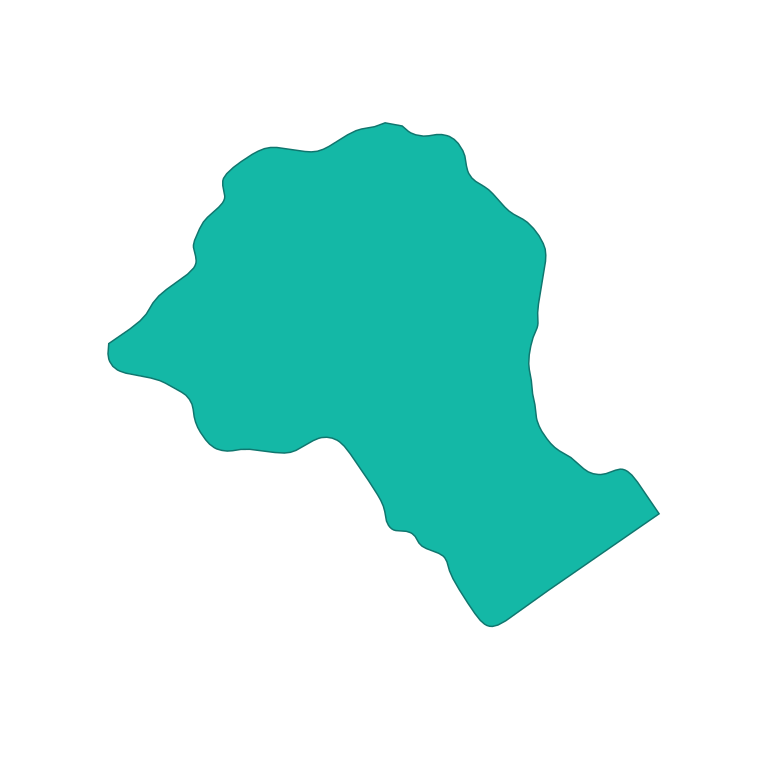 Villa Tapia, Hermanas, Dominican Republic (Albers equal-area conic projection), rotated 325°
{"feature_id": "3306468B10183104109049", "entity_name": "Villa Tapia", "entity_type": "district", "adm_level": 2, "iso_a3": "DOM", "parent_name": "Dominican Republic", "parent_adm1": "Hermanas", "projection": "albers", "projection_center": [-70.39, 19.285], "detail": "fine", "context": "isolated", "style": "filled", "palette": "teal", "viewbox_px": 768, "rotation_deg": 325, "n_neighbors": 0, "source": "geoboundaries", "source_scale": "gbopen_adm2", "svg_char_len": 2463}
<svg xmlns="http://www.w3.org/2000/svg" viewBox="0 0 768 768"><g transform="rotate(325 384 384)"><path d="M546.9,183.1L534.7,170.7L523.8,167.8L511.8,162.2L506.3,160.4L497.1,159.0L475.1,157.8L468.9,156.9L462.9,155.1L457.5,152.1L452.6,148.2L431.9,128.8L426.8,125.2L421.0,122.6L414.5,121.1L407.9,120.3L394.6,119.9L384.8,120.2L375.8,121.5L370.5,123.5L368.4,125.2L365.8,128.9L361.3,138.8L359.9,140.5L357.8,142.0L355.4,143.1L350.0,144.4L335.0,146.2L329.0,147.7L321.9,151.1L311.2,157.7L307.6,160.9L306.3,162.8L303.0,171.2L300.9,175.2L299.4,177.0L297.2,178.6L294.7,179.8L286.0,181.4L259.9,181.8L250.1,182.7L241.4,185.0L229.3,190.4L220.3,192.4L207.7,193.2L181.7,193.0L175.2,201.0L172.9,205.6L172.2,208.3L172.0,214.0L173.7,219.6L175.2,222.2L178.8,227.1L196.4,245.3L202.3,252.6L205.3,257.7L213.5,274.6L215.3,279.5L215.8,285.0L215.1,290.5L213.2,295.2L209.7,302.0L207.8,307.1L206.5,312.7L205.9,318.6L205.9,327.4L206.6,333.2L208.4,338.7L209.7,341.2L213.1,345.4L217.1,349.0L221.7,351.8L229.1,355.4L236.6,360.5L255.4,377.6L262.8,383.4L268.2,386.3L273.8,387.9L293.7,389.8L299.3,391.0L302.0,392.0L306.6,394.8L310.5,398.6L313.4,403.2L314.5,406.1L315.8,412.2L316.3,421.7L315.9,454.7L315.2,471.2L314.6,477.5L313.4,483.6L311.5,488.9L307.4,497.7L306.6,502.3L306.7,504.7L307.2,507.0L308.2,509.1L309.6,510.8L317.8,517.5L320.4,520.9L321.3,522.8L322.1,526.7L321.4,534.4L322.1,538.6L324.3,543.1L331.6,553.9L333.7,558.6L334.1,561.1L333.6,565.7L330.5,574.6L328.8,583.2L327.7,595.7L327.0,611.7L326.8,624.2L327.3,632.9L328.6,638.3L329.8,640.8L331.5,643.0L333.8,644.8L339.1,646.8L347.9,647.8L400.3,647.3L534.9,648.1L535.4,609.8L534.8,600.8L533.4,595.4L532.2,592.9L530.6,590.8L528.6,589.2L524.2,587.4L514.5,584.8L509.8,582.6L507.7,581.1L503.9,577.5L500.9,573.1L498.9,567.8L494.9,551.4L489.3,539.3L487.5,534.0L486.4,528.2L486.0,522.3L486.1,513.3L486.9,507.5L488.4,501.8L489.4,499.3L495.7,487.6L500.1,477.3L506.7,465.6L511.3,455.5L514.2,450.4L519.7,443.4L526.1,437.0L532.8,431.4L541.5,425.9L543.4,424.3L545.0,422.5L550.7,413.8L556.4,407.1L586.7,376.1L590.4,371.3L593.4,366.0L595.0,360.3L596.0,351.5L595.7,342.6L594.2,333.9L592.3,328.7L587.5,319.2L585.6,314.0L584.4,308.3L582.3,290.8L581.2,285.1L579.4,280.0L575.3,270.6L574.1,265.5L574.2,260.0L574.8,257.4L576.6,252.7L581.0,243.6L582.4,238.1L582.8,229.6L581.8,223.9L579.6,218.8L578.0,216.6L574.4,212.8L570.1,209.8L562.9,206.3L558.5,203.6L552.9,198.1L550.0,193.7L548.9,191.1L546.9,183.1Z" fill="#14b8a6" stroke="#0f766e" stroke-width="1.5"/></g></svg>